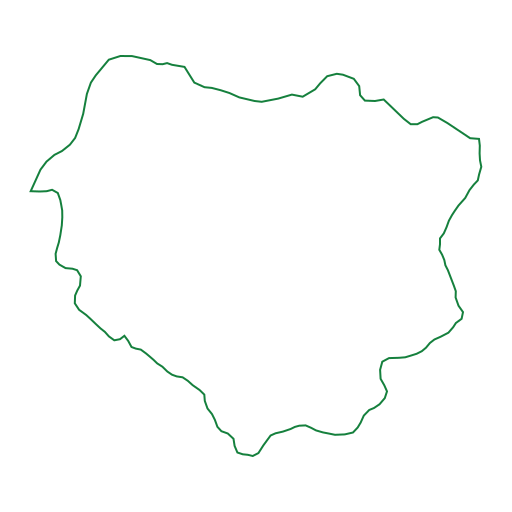 Ipiaçu, Minas Gerais, Brazil
{"feature_id": "56859067B82454060377741", "entity_name": "Ipiaçu", "entity_type": "district", "adm_level": 2, "iso_a3": "BRA", "parent_name": "Brazil", "parent_adm1": "Minas Gerais", "projection": "natural_earth1", "projection_center": [-49.93, -18.707], "detail": "fine", "context": "isolated", "style": "outline", "palette": "green", "viewbox_px": 512, "rotation_deg": 0, "n_neighbors": 0, "source": "geoboundaries", "source_scale": "gbopen_adm2", "svg_char_len": 2313}
<svg xmlns="http://www.w3.org/2000/svg" viewBox="0 0 512 512"><path d="M353.0,432.5L357.7,427.5L360.7,422.5L363.8,415.6L369.2,410.0L374.0,408.0L379.6,404.2L384.8,398.1L387.0,391.4L384.3,385.3L380.6,378.8L380.1,369.8L382.3,361.7L389.0,358.1L398.9,357.8L405.2,357.3L410.2,355.8L416.6,353.8L421.8,351.2L426.0,347.7L429.9,343.0L434.4,339.5L440.5,336.8L448.4,332.7L453.1,327.3L455.9,323.0L461.6,318.8L463.0,312.1L458.5,305.7L455.6,297.5L455.8,291.2L453.9,285.8L450.9,278.0L447.9,270.2L445.4,265.3L444.3,260.0L442.1,254.7L439.3,249.8L440.0,244.3L440.0,238.4L443.8,233.4L446.5,227.3L448.9,220.7L452.0,215.1L454.8,210.8L458.5,205.5L465.2,198.0L469.5,190.1L473.9,184.5L477.8,180.4L479.1,174.4L481.3,166.8L480.0,160.3L479.6,153.4L479.8,145.6L479.0,138.9L470.1,138.2L447.5,123.1L437.9,117.5L433.1,117.2L422.1,121.8L417.4,124.2L410.7,124.2L403.8,118.8L383.7,99.5L375.0,101.0L364.9,100.6L360.1,95.2L359.2,86.1L353.8,78.8L342.9,74.7L336.8,73.8L327.2,76.2L320.2,83.3L315.2,89.3L302.7,96.7L291.9,94.6L278.2,98.6L261.7,101.8L254.6,101.0L239.3,97.4L229.4,93.0L220.6,90.2L211.7,87.9L204.5,87.2L194.3,82.6L184.5,66.9L172.0,64.8L167.1,63.1L162.6,64.2L157.0,64.0L150.3,60.1L132.1,56.1L120.4,56.0L108.8,59.7L95.8,75.3L90.9,82.6L86.9,93.9L83.2,113.8L78.6,129.2L75.1,138.0L69.9,144.7L62.0,151.0L54.4,154.9L46.5,161.6L40.5,169.6L36.1,179.3L30.7,191.2L39.8,191.5L46.7,191.2L52.1,189.8L57.8,193.0L60.3,200.0L61.3,205.3L62.2,210.5L62.3,217.4L61.8,225.4L60.3,235.2L58.8,242.5L57.1,248.1L55.6,253.8L56.1,261.1L59.4,264.6L65.5,268.1L72.4,268.7L77.1,270.2L80.8,276.3L80.0,285.6L77.3,290.5L75.1,295.5L74.8,303.3L79.1,309.8L86.2,315.0L90.9,319.3L96.1,324.3L100.5,328.4L104.9,331.9L108.9,336.4L114.3,340.3L120.0,339.2L124.4,335.8L128.2,340.9L131.5,347.0L135.8,348.6L140.8,349.6L146.1,353.5L149.9,356.7L153.5,359.8L157.2,363.4L162.4,366.7L167.3,371.5L172.0,374.7L176.7,376.4L182.6,377.3L187.8,380.8L192.7,385.2L199.7,390.1L204.3,394.6L204.8,400.9L207.5,408.5L212.0,414.1L214.9,419.9L217.4,426.8L221.4,431.2L227.8,433.5L233.5,438.8L234.6,445.9L237.4,452.5L242.8,454.3L247.8,454.8L252.7,456.0L258.4,453.1L263.4,445.3L267.5,439.7L270.6,435.5L275.5,433.3L282.9,431.6L290.6,429.0L294.9,426.9L299.3,425.7L305.6,425.4L311.1,427.8L316.0,430.4L322.9,432.4L328.6,433.5L335.0,434.8L344.8,434.4L353.0,432.5Z" fill="none" stroke="#15803d" stroke-width="2"/></svg>